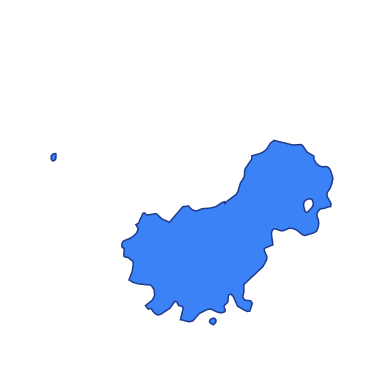 outline of Palermo, rotated 315°
{"feature_id": "ITA-5410", "entity_name": "Palermo", "entity_type": "Province", "adm_level": 1, "iso_a3": "ITA", "parent_name": "Italy", "parent_adm1": "", "projection": "orthographic", "projection_center": [13.554, 38.128], "detail": "fine", "context": "isolated", "style": "filled", "palette": "blue", "viewbox_px": 384, "rotation_deg": 315, "n_neighbors": 0, "source": "natural_earth", "source_scale": "10m", "svg_char_len": 2637}
<svg xmlns="http://www.w3.org/2000/svg" viewBox="0 0 384 384"><g transform="rotate(315 192 192)"><path d="M85.3,209.6L93.8,205.8L99.5,201.4L100.9,199.8L101.2,198.8L100.9,197.6L100.7,194.9L100.4,193.0L98.8,190.9L98.5,189.0L104.3,183.9L103.4,182.0L104.4,180.2L106.3,178.8L108.2,178.2L109.9,178.6L115.6,181.0L119.3,181.8L124.0,181.8L127.9,180.0L129.3,175.3L131.9,176.3L133.8,175.7L135.7,174.6L138.9,173.8L141.2,172.7L142.5,172.4L143.4,173.0L143.7,174.4L143.8,175.8L144.2,176.8L150.5,181.2L151.5,182.6L151.7,189.4L152.3,191.4L154.7,197.4L175.1,195.9L179.7,199.4L179.4,203.0L179.7,205.0L180.8,207.4L182.4,208.9L187.4,211.0L193.3,216.1L198.1,219.1L205.9,220.7L208.3,221.9L207.6,222.5L207.1,223.5L210.8,223.4L221.5,224.9L225.2,224.0L232.6,219.9L239.5,218.3L241.8,216.5L243.9,214.5L246.2,213.1L257.6,211.0L259.9,208.7L266.9,212.7L270.4,214.0L274.2,214.5L276.7,214.2L281.8,212.9L286.5,213.5L296.5,230.0L302.8,235.7L303.0,238.2L301.7,244.3L301.8,246.1L303.6,252.8L301.3,255.2L300.2,259.4L300.5,263.8L302.4,266.8L304.5,268.5L305.7,270.3L305.8,272.5L304.8,275.6L301.3,281.9L297.1,284.9L292.5,286.9L287.8,287.9L286.0,288.7L284.3,291.1L282.8,296.5L281.8,298.9L279.6,300.4L278.2,299.0L274.3,297.3L271.1,294.9L269.8,294.6L266.9,294.9L264.8,295.9L263.1,297.9L261.6,301.0L259.6,303.7L256.3,306.2L252.6,307.7L249.6,307.2L241.2,302.7L239.9,300.3L239.2,293.9L238.3,290.8L236.9,288.1L234.6,286.1L229.3,284.1L227.1,281.8L225.1,277.2L223.7,275.8L221.5,275.9L218.7,277.6L211.8,286.6L204.7,283.5L202.9,283.3L201.4,285.1L199.4,290.5L197.0,292.6L189.5,294.9L163.5,294.1L161.1,296.0L159.0,298.5L156.2,300.6L153.7,301.7L152.9,305.9L156.6,310.5L155.9,313.4L148.6,317.1L146.8,315.8L145.5,312.8L143.5,305.0L147.2,295.4L147.5,292.1L145.5,290.7L143.9,291.4L140.7,294.3L139.1,295.2L134.9,295.1L133.7,295.6L133.1,296.4L132.3,298.6L131.6,299.4L130.5,299.8L129.3,299.4L127.0,298.0L125.1,295.1L122.6,288.3L120.2,286.1L111.3,283.1L101.4,283.7L98.1,281.7L94.4,275.2L93.5,274.1L103.7,267.9L104.1,265.6L102.2,262.9L103.5,259.1L102.7,257.2L94.2,258.6L83.6,256.4L81.0,255.0L80.0,252.3L80.0,248.9L80.8,245.6L78.2,243.9L78.7,239.4L87.6,240.4L92.3,238.8L96.1,234.3L97.2,228.9L89.5,219.6L86.4,214.2L85.3,209.6ZM260.1,288.0L265.4,287.8L268.0,287.1L270.1,285.5L271.5,282.4L270.6,280.1L268.3,278.6L265.2,278.1L263.5,278.7L262.0,279.8L260.7,281.3L258.7,284.9L258.2,286.5L258.5,287.5L260.1,288.0ZM114.0,295.2L115.9,295.3L118.4,296.7L118.8,298.7L117.6,300.5L115.1,301.1L113.2,301.0L112.3,297.9L112.7,296.0L114.0,295.2ZM118.1,66.9L120.9,66.9L122.6,68.2L122.8,68.8L119.4,72.1L117.4,72.5L115.5,71.7L115.4,70.1L116.2,68.5L118.1,66.9Z" fill="#3b82f6" stroke="#1e3a8a" stroke-width="1.5"/></g></svg>